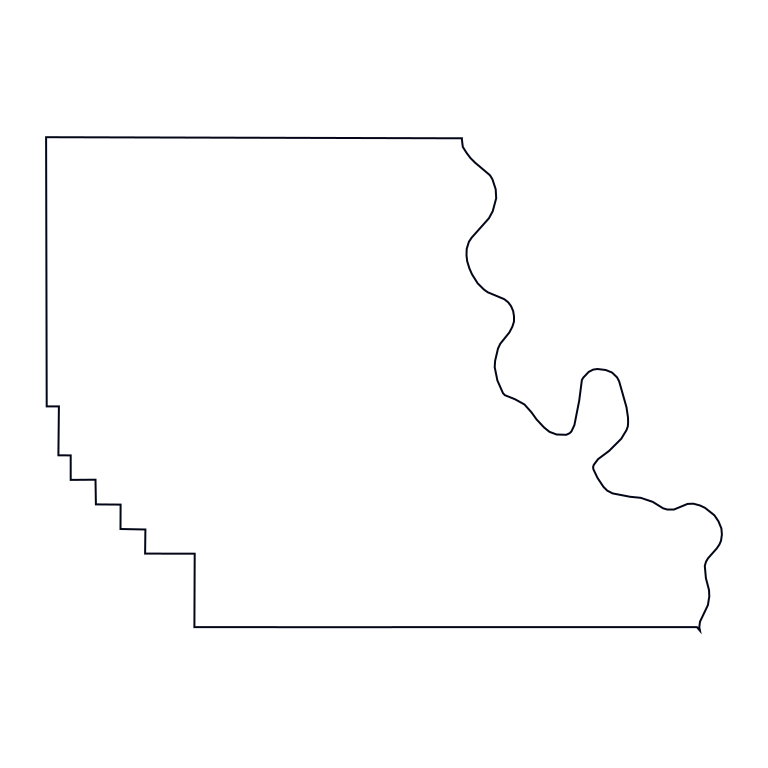 Washington, Nebraska, United States of America (Equal Earth projection)
{"feature_id": "52423323B46831749537882", "entity_name": "Washington", "entity_type": "district", "adm_level": 2, "iso_a3": "USA", "parent_name": "United States of America", "parent_adm1": "Nebraska", "projection": "equal_earth", "projection_center": [-96.073, 41.537], "detail": "fine", "context": "isolated", "style": "outline", "palette": "ink", "viewbox_px": 768, "rotation_deg": 0, "n_neighbors": 0, "source": "geoboundaries", "source_scale": "gbopen_adm2", "svg_char_len": 1547}
<svg xmlns="http://www.w3.org/2000/svg" viewBox="0 0 768 768"><path d="M700.0,630.8L699.3,627.2L700.0,621.7L707.9,605.1L709.3,596.4L709.0,590.0L705.9,578.2L704.8,565.9L706.0,561.7L708.0,558.3L716.7,548.5L719.4,544.5L721.0,540.8L721.9,534.6L721.4,528.5L718.5,521.4L714.4,515.3L705.1,507.9L700.1,505.5L693.4,503.7L687.6,503.9L674.0,509.5L667.2,509.5L663.1,508.3L652.8,501.9L640.6,497.8L630.2,496.8L612.6,493.4L607.2,490.6L603.5,486.9L597.5,477.9L593.4,469.3L593.1,467.0L593.8,464.8L598.0,459.2L609.2,450.8L621.3,438.7L623.5,435.0L626.4,430.3L627.8,426.5L628.1,422.9L628.0,417.6L626.5,407.3L619.2,381.5L617.1,377.4L612.0,372.5L605.7,370.0L597.4,369.0L593.2,369.6L588.7,371.9L583.4,377.5L581.9,379.9L579.2,400.7L574.4,425.1L571.4,431.5L569.5,433.3L566.2,434.8L556.6,434.5L549.4,431.8L544.0,427.4L536.6,419.5L531.6,412.5L524.5,404.5L514.9,399.2L504.9,395.2L503.0,393.2L497.4,380.5L494.7,367.2L495.1,360.9L498.0,348.5L500.3,343.7L509.4,332.4L512.4,326.6L514.0,321.5L514.0,316.4L513.2,311.2L511.1,306.2L508.1,302.2L504.3,299.2L487.8,292.3L484.0,289.6L477.7,283.4L472.0,274.3L469.4,268.4L467.2,261.3L466.5,255.4L466.7,248.9L468.9,241.8L471.6,237.7L488.9,218.3L492.7,211.3L496.2,198.3L495.7,189.3L492.4,179.2L490.0,175.3L475.0,162.6L470.5,158.1L466.5,152.8L462.8,146.9L461.8,138.7L461.9,138.3L46.1,137.2L46.7,406.4L58.9,406.4L58.4,455.3L70.7,455.4L70.7,479.9L95.5,479.7L95.9,504.4L120.6,504.6L120.5,529.0L145.4,529.5L145.1,553.6L194.7,553.7L194.4,627.1L318.6,627.2L538.3,627.1L696.9,627.1L700.0,630.8Z" fill="none" stroke="#020617" stroke-width="2"/></svg>